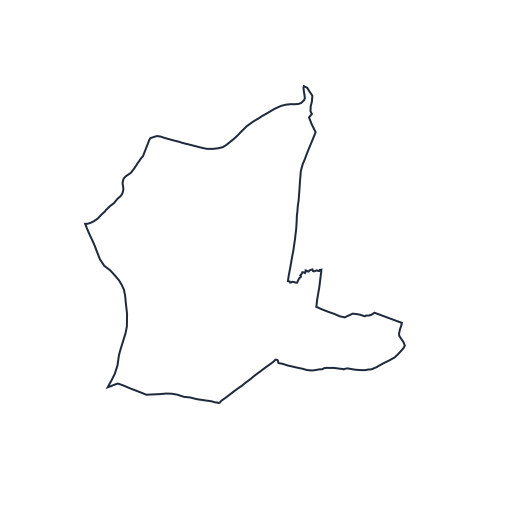 Svay Teab, Svay Rieng, Cambodia (Mercator projection), rotated 291°
{"feature_id": "14789045B97672337588040", "entity_name": "Svay Teab", "entity_type": "district", "adm_level": 2, "iso_a3": "KHM", "parent_name": "Cambodia", "parent_adm1": "Svay Rieng", "projection": "mercator", "projection_center": [105.952, 11.09], "detail": "fine", "context": "isolated", "style": "outline", "palette": "slate", "viewbox_px": 512, "rotation_deg": 291, "n_neighbors": 0, "source": "geoboundaries", "source_scale": "gbopen_adm2", "svg_char_len": 4467}
<svg xmlns="http://www.w3.org/2000/svg" viewBox="0 0 512 512"><g transform="rotate(291 256 256)"><path d="M266.7,321.9L266.2,321.2L265.8,320.5L264.6,320.4L264.3,319.2L264.4,317.8L263.2,316.6L262.5,315.8L262.3,314.7L263.7,313.5L262.7,312.2L261.7,311.1L260.3,310.7L260.1,309.3L260.5,308.3L260.3,307.5L259.1,308.0L257.6,307.8L257.9,306.8L257.7,305.8L257.3,305.0L256.6,305.2L254.9,304.8L253.8,304.3L253.0,305.3L252.3,305.3L251.0,304.4L248.7,304.1L245.8,303.9L245.2,302.1L245.4,301.2L244.9,299.0L243.9,298.2L243.4,297.5L244.2,296.7L244.0,294.8L249.8,293.5L257.6,292.1L263.7,290.9L268.4,290.0L274.5,288.9L282.0,287.2L286.4,286.2L289.7,285.3L291.7,284.8L294.3,284.2L297.4,283.3L299.6,282.6L303.7,281.3L307.7,279.9L308.7,279.6L312.7,278.6L317.6,277.1L322.7,276.0L331.8,273.3L341.8,270.2L351.5,267.4L358.2,266.7L364.0,266.9L369.4,266.8L375.4,266.9L386.2,267.2L393.0,267.3L398.5,261.2L404.4,255.8L408.6,257.3L410.5,255.1L415.0,253.5L420.3,252.8L425.8,251.2L428.7,247.0L431.4,243.6L431.7,239.8L429.9,240.1L426.5,241.9L423.1,243.9L420.7,245.1L418.6,245.0L415.0,243.3L413.1,241.0L411.5,237.6L410.2,234.0L408.0,229.7L405.2,225.7L403.0,223.5L399.7,220.3L395.9,217.3L392.7,214.8L388.6,211.3L385.7,209.4L381.7,206.1L378.4,203.8L373.6,200.7L370.6,199.4L366.3,197.4L361.9,195.6L357.8,193.6L352.8,190.7L349.0,188.5L346.4,186.5L345.7,186.0L344.5,184.2L342.8,181.7L340.7,177.6L339.4,174.4L338.4,171.6L337.9,168.5L337.4,165.0L337.0,161.2L336.5,157.2L336.1,153.6L335.8,151.3L335.5,149.3L335.2,146.2L335.0,142.6L334.6,139.5L334.3,137.1L333.9,132.9L333.6,129.6L333.4,126.9L333.3,124.2L332.6,120.8L331.1,118.7L330.3,117.7L329.1,116.3L328.2,115.2L326.4,114.8L308.6,114.7L307.9,114.4L307.1,114.0L306.2,113.8L305.4,113.5L303.9,113.2L302.7,112.9L301.9,112.7L300.9,112.4L300.1,112.2L299.1,112.0L298.0,111.8L296.4,111.4L295.4,111.2L294.6,111.1L293.5,110.8L292.7,110.5L291.5,110.1L290.5,109.9L289.7,109.7L289.0,109.4L287.9,108.8L286.5,107.8L285.8,107.3L285.0,106.7L284.3,106.2L283.6,105.8L282.6,105.3L281.4,104.9L280.1,104.7L277.0,105.1L276.2,105.4L274.9,106.0L273.9,106.7L272.8,107.3L271.6,107.9L270.1,108.4L269.1,108.6L268.2,108.7L267.1,108.7L266.2,108.8L265.0,108.6L263.8,108.2L262.8,107.8L261.9,107.4L261.2,106.9L260.1,106.4L259.4,106.1L258.6,105.8L257.7,105.5L256.5,105.1L255.7,104.9L254.8,104.6L254.0,104.2L253.3,103.7L252.6,103.3L251.9,102.9L251.1,102.3L249.9,101.7L248.7,101.1L247.9,100.7L247.0,100.3L245.9,99.8L245.2,99.5L243.5,99.0L242.5,98.5L241.8,98.2L241.0,97.8L240.1,97.3L239.3,96.9L237.5,96.2L236.3,95.7L235.0,95.2L234.3,94.8L233.5,94.3L232.6,93.8L231.8,93.1L230.7,92.5L229.3,91.2L228.7,90.7L227.9,89.9L227.1,89.0L226.6,88.3L225.7,87.1L225.1,85.9L224.8,85.0L222.1,87.4L217.7,91.6L212.7,96.8L207.6,101.9L203.1,105.9L196.8,111.7L192.4,118.0L190.5,124.7L188.1,129.6L186.9,131.9L184.2,136.8L180.9,141.0L177.5,144.5L172.5,147.8L165.1,151.5L155.9,156.3L144.0,160.7L137.1,161.9L129.4,162.4L121.6,162.9L116.8,163.3L113.8,163.7L104.2,165.9L95.6,166.4L89.1,165.8L80.3,164.6L82.5,167.2L85.3,170.2L87.4,172.7L87.6,177.3L87.3,187.1L87.3,197.8L87.2,203.4L89.5,208.6L92.5,215.5L95.5,221.7L97.2,226.6L98.3,232.0L98.7,239.3L100.3,245.0L101.1,251.8L102.4,257.8L103.7,263.5L104.4,266.5L104.7,270.2L105.2,271.9L105.3,273.6L106.1,274.7L108.6,275.6L110.5,276.9L113.9,279.2L117.3,281.2L120.7,283.3L123.1,284.8L125.0,286.0L127.8,287.9L130.2,289.6L131.3,290.1L134.5,292.0L136.8,293.5L139.7,295.3L142.7,296.9L145.0,298.3L146.6,299.3L149.0,300.8L150.1,301.6L152.8,303.2L156.4,305.5L158.9,307.2L162.0,309.2L164.2,310.5L166.1,311.2L166.6,312.8L166.3,313.8L164.7,314.9L164.1,315.4L164.3,316.6L164.9,319.5L165.1,324.7L165.7,328.6L166.4,333.7L167.4,339.8L167.8,344.4L169.1,349.1L170.3,351.5L171.9,354.2L172.8,355.6L173.6,357.5L174.1,358.5L175.6,359.7L176.9,362.0L177.9,365.0L178.8,367.1L179.4,368.9L180.0,371.2L180.6,373.7L181.2,376.1L181.7,377.8L181.6,378.6L182.5,379.4L183.9,381.7L184.6,385.3L185.3,389.0L187.0,394.7L188.7,399.1L190.1,401.2L191.0,403.3L192.2,405.2L193.4,406.3L195.8,408.8L197.1,409.7L201.3,413.2L205.9,417.5L211.1,421.9L217.4,424.7L223.1,426.8L225.8,427.0L228.4,424.6L230.8,421.1L232.9,418.3L234.7,417.4L238.9,416.7L242.5,416.6L245.8,416.2L245.5,386.9L242.2,384.6L240.8,382.5L240.2,381.1L239.9,380.2L238.8,379.2L238.6,377.1L238.4,373.6L237.6,369.9L236.8,366.9L234.0,364.2L230.5,360.8L229.7,355.6L230.0,349.6L229.8,344.3L229.8,336.8L230.2,330.5L231.2,330.3L236.8,328.8L241.4,327.9L243.9,327.4L249.9,326.2L261.9,323.2L264.8,322.5L266.7,321.9Z" fill="none" stroke="#1e293b" stroke-width="2"/></g></svg>